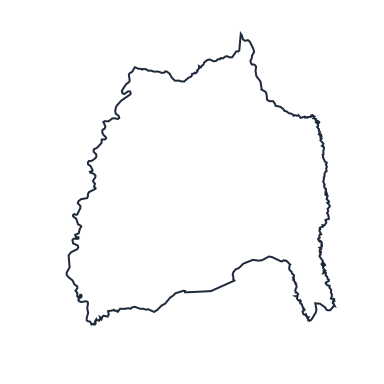 the district of Ribeirão Cascalheira, Mato Grosso, Brazil, rotated 170°
{"feature_id": "56859067B50708946620242", "entity_name": "Ribeirão Cascalheira", "entity_type": "district", "adm_level": 2, "iso_a3": "BRA", "parent_name": "Brazil", "parent_adm1": "Mato Grosso", "projection": "mercator", "projection_center": [-51.621, -12.878], "detail": "fine", "context": "isolated", "style": "outline", "palette": "slate", "viewbox_px": 384, "rotation_deg": 170, "n_neighbors": 0, "source": "geoboundaries", "source_scale": "gbopen_adm2", "svg_char_len": 5829}
<svg xmlns="http://www.w3.org/2000/svg" viewBox="0 0 384 384"><g transform="rotate(170 192 192)"><path d="M71.3,55.1L72.0,57.7L72.6,58.0L72.3,59.6L70.7,59.9L70.6,61.9L71.1,62.2L71.4,61.5L73.7,63.0L72.5,64.8L72.0,66.9L72.7,68.7L71.9,71.4L73.3,73.9L72.7,75.7L75.0,76.7L76.2,78.8L76.0,79.6L72.7,80.6L72.4,81.6L73.5,82.9L73.6,85.2L74.9,86.6L74.2,89.1L74.5,89.7L76.8,89.3L75.9,90.6L76.1,91.4L74.5,91.6L76.1,94.2L76.1,95.6L73.6,96.9L74.4,98.6L76.6,97.6L77.0,98.5L75.2,100.3L75.2,101.5L77.6,106.5L77.2,107.6L76.3,107.9L76.4,109.4L75.6,109.7L75.3,110.8L76.6,111.3L76.1,112.9L74.7,113.5L76.0,115.0L73.7,115.5L73.3,116.2L73.2,117.3L73.8,117.6L72.9,119.4L73.8,121.3L74.5,121.9L74.8,121.1L75.6,122.0L75.9,124.1L74.2,124.8L74.3,126.7L73.5,127.9L72.1,128.0L73.2,131.2L73.0,132.8L72.2,133.0L72.3,134.6L69.1,135.2L69.2,136.7L67.5,136.1L66.9,136.6L65.0,138.6L65.5,141.2L61.8,141.8L61.8,145.9L62.7,147.8L61.2,149.3L61.4,151.7L58.8,153.9L58.8,155.0L60.6,157.8L59.0,158.2L58.7,158.9L60.7,161.7L59.1,164.4L59.4,166.3L59.9,165.0L61.1,166.2L60.4,169.6L59.6,170.7L59.6,172.0L60.6,172.7L60.8,173.8L60.8,175.6L60.1,176.1L61.0,179.6L59.8,181.7L59.7,183.6L58.6,184.7L58.5,186.6L56.9,188.9L55.9,189.1L55.8,191.9L54.8,193.3L55.4,196.0L54.4,196.8L54.3,197.8L55.7,198.7L57.0,203.3L56.6,203.9L56.9,206.0L56.0,206.3L55.6,209.5L54.4,212.0L54.3,213.1L56.0,214.8L54.9,215.3L54.2,216.8L56.6,220.7L55.1,222.1L56.1,222.9L56.1,223.8L54.8,224.2L54.9,225.8L55.6,225.4L55.4,226.3L56.1,226.9L56.6,226.3L57.1,226.8L55.5,228.9L56.3,229.6L56.5,230.9L56.0,231.8L57.5,234.3L56.2,235.3L56.5,237.7L55.0,238.0L54.5,238.7L55.6,240.0L56.6,238.7L57.4,238.6L58.0,239.2L57.0,240.4L57.8,241.4L57.3,242.3L59.7,243.5L58.3,245.1L59.4,245.5L59.5,246.4L60.1,246.8L60.5,246.2L61.4,246.6L61.8,245.4L64.7,245.7L65.4,245.1L67.7,246.5L68.0,245.8L68.8,246.5L72.0,246.1L73.9,249.3L74.9,248.8L77.9,249.9L78.7,249.5L78.8,250.3L80.5,251.8L82.9,252.8L85.1,255.1L86.9,255.8L87.8,258.0L90.0,260.4L94.8,262.5L94.9,264.2L96.3,267.3L100.0,268.0L102.1,269.9L101.6,275.4L102.2,278.0L105.9,280.9L105.5,281.7L105.4,289.1L108.5,294.9L108.4,300.2L107.1,304.3L108.0,306.1L109.3,307.0L110.7,307.0L111.5,308.4L111.7,310.9L109.9,313.4L109.2,315.8L106.5,319.2L106.7,322.1L108.9,329.9L110.5,331.8L113.5,331.7L115.3,333.4L115.7,337.5L116.5,339.3L120.9,323.0L121.9,322.4L124.0,322.8L128.9,317.8L131.2,317.9L134.1,319.7L135.7,319.6L138.3,318.2L140.4,318.9L141.4,317.9L143.4,318.3L145.3,317.0L147.0,316.9L148.0,317.0L151.6,319.5L154.7,319.1L157.7,317.2L158.6,315.4L160.5,314.6L161.6,313.2L163.3,314.8L163.6,312.5L165.8,310.9L165.5,310.2L166.6,309.0L168.0,308.3L168.5,309.0L170.2,308.2L171.3,308.3L172.4,306.0L175.7,305.1L180.5,302.2L183.5,302.8L185.7,304.0L189.5,304.6L192.1,308.2L193.5,312.4L195.9,315.0L197.5,315.4L198.2,314.5L200.7,314.4L204.2,316.4L208.8,317.2L211.1,318.6L214.1,319.1L216.1,321.0L219.1,321.6L219.8,321.2L220.5,322.0L223.4,322.7L226.6,324.8L230.0,320.8L232.5,319.9L233.8,318.7L234.0,312.7L234.7,311.3L238.1,309.7L243.5,303.9L243.4,301.4L241.8,300.2L237.4,302.2L235.5,301.7L235.2,299.9L235.7,298.9L245.9,294.2L251.0,290.2L252.3,288.4L253.5,285.4L253.6,282.6L250.9,279.5L250.8,277.5L252.4,276.8L255.9,278.2L257.8,278.2L261.9,276.1L265.7,276.9L267.1,276.4L265.9,271.4L267.1,269.5L269.2,268.9L270.1,266.3L269.3,263.7L267.2,260.6L267.4,259.6L268.8,258.9L271.7,259.4L272.7,255.9L277.6,252.2L281.4,251.0L281.9,248.8L279.8,245.7L280.0,243.6L280.9,242.4L284.2,240.5L286.2,240.0L288.1,240.4L289.3,239.3L289.6,237.4L287.2,234.8L286.1,230.6L286.7,229.9L289.0,229.7L288.8,228.7L285.7,227.1L284.2,225.1L284.6,223.3L287.4,220.4L287.6,219.5L286.1,217.0L287.6,214.1L286.3,212.6L286.5,211.9L293.6,209.7L294.9,207.9L295.3,205.6L296.5,204.2L302.6,204.2L305.6,202.5L306.4,200.8L304.3,197.5L304.9,195.3L309.0,189.7L310.2,189.7L312.1,190.7L313.0,190.1L313.4,189.1L312.9,188.1L310.7,185.9L309.8,180.0L307.4,178.1L307.1,177.2L309.0,175.0L310.7,171.0L314.6,170.1L314.0,168.0L311.7,167.1L311.9,165.9L313.4,165.7L315.8,166.6L316.8,166.5L318.1,165.4L318.0,162.1L313.8,159.1L313.6,157.2L314.8,155.7L321.7,153.6L324.5,151.0L325.6,139.1L329.4,134.4L329.8,132.3L328.6,129.8L324.9,125.5L323.9,121.5L321.4,119.0L321.6,117.1L323.9,115.1L322.5,112.7L323.1,109.3L322.6,108.3L321.5,108.1L319.9,110.2L319.1,110.0L318.7,109.1L319.0,108.0L322.6,106.0L322.4,104.3L320.4,102.9L315.1,102.8L313.8,101.7L313.8,100.1L315.3,96.1L315.3,90.8L317.6,86.3L317.9,83.9L317.3,83.0L314.7,81.9L314.0,78.9L311.4,79.5L311.3,78.4L310.6,78.4L309.7,79.3L309.9,81.7L308.5,83.1L308.5,82.0L307.6,82.5L305.8,81.4L304.8,83.1L303.5,82.0L303.1,82.6L303.8,84.4L302.7,83.5L301.5,85.1L300.5,85.5L296.7,83.9L295.2,85.8L295.4,89.2L290.2,89.2L289.4,89.6L288.9,88.6L286.3,88.0L286.6,87.4L285.9,86.9L283.0,89.5L278.4,88.6L275.1,88.6L272.7,87.7L271.4,88.7L268.4,88.9L262.9,85.8L260.7,85.6L257.6,84.1L255.4,84.1L250.2,80.5L246.6,81.9L241.8,85.4L237.8,86.7L232.0,91.7L227.9,93.6L226.1,95.1L217.8,96.2L216.0,95.7L216.3,94.5L214.4,94.1L190.5,91.1L165.6,97.4L166.5,99.0L166.0,101.0L166.3,103.6L165.2,105.8L162.9,108.0L158.8,109.1L153.9,112.5L143.8,114.6L138.3,112.8L134.8,112.7L127.3,115.1L124.3,113.9L116.6,108.4L115.5,108.0L113.9,108.8L113.1,108.3L112.1,108.5L110.6,107.4L107.9,103.4L108.5,103.1L109.7,99.4L109.0,97.5L107.9,96.3L107.6,94.2L106.3,93.0L106.0,91.6L107.4,90.2L106.8,89.7L107.5,88.2L106.7,88.1L106.9,86.6L105.6,84.3L106.2,84.0L105.4,82.2L105.5,80.3L107.4,77.3L107.3,75.0L106.4,74.9L105.2,72.9L106.3,71.3L108.0,71.4L106.5,70.4L107.1,68.8L106.5,67.4L105.7,66.6L104.1,66.7L103.9,65.5L104.8,65.6L104.7,63.5L103.5,62.7L102.7,58.4L102.1,57.9L102.8,57.3L102.7,56.4L102.0,56.1L103.9,55.0L103.6,52.6L102.9,51.8L101.1,51.9L100.7,50.8L101.4,50.5L100.5,48.9L98.9,48.4L100.1,47.3L99.5,46.4L99.8,45.4L99.0,45.4L98.6,44.7L96.8,45.3L91.1,51.7L89.9,54.4L89.9,61.0L85.3,59.7L81.0,55.3L80.2,53.0L78.9,51.9L76.4,51.6L71.8,55.5L71.3,55.1Z" fill="none" stroke="#1e293b" stroke-width="2"/></g></svg>